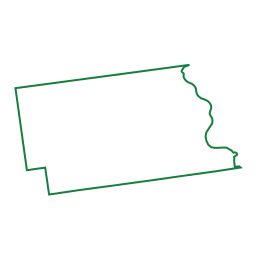 Woodbury, Iowa, United States of America (Robinson projection), rotated 172°
{"feature_id": "52423323B54538757084750", "entity_name": "Woodbury", "entity_type": "district", "adm_level": 2, "iso_a3": "USA", "parent_name": "United States of America", "parent_adm1": "Iowa", "projection": "robinson", "projection_center": [-96.343, 42.387], "detail": "fine", "context": "isolated", "style": "outline", "palette": "green", "viewbox_px": 256, "rotation_deg": 172, "n_neighbors": 0, "source": "geoboundaries", "source_scale": "gbopen_adm2", "svg_char_len": 1014}
<svg xmlns="http://www.w3.org/2000/svg" viewBox="0 0 256 256"><g transform="rotate(172 128 128)"><path d="M185.2,73.3L155.0,73.1L94.8,72.9L89.8,73.0L47.0,72.9L22.0,73.2L23.1,74.5L27.6,74.7L27.6,77.7L27.4,81.2L26.9,83.0L27.1,84.1L26.9,84.7L24.1,86.0L23.5,86.9L24.3,88.4L25.9,89.1L27.0,88.9L27.5,89.3L28.5,91.2L32.9,94.7L35.7,95.3L41.2,95.8L43.8,96.1L44.9,96.3L48.3,97.4L50.9,100.4L51.0,100.8L52.1,104.4L52.4,107.6L52.2,109.2L51.3,112.1L50.4,113.6L44.3,120.4L43.8,121.3L43.3,123.7L43.4,125.9L44.9,129.6L45.1,131.3L43.7,134.5L42.9,135.9L42.7,136.8L42.6,138.1L42.7,139.1L43.7,141.6L45.2,143.5L46.5,144.5L48.2,145.6L51.3,147.1L53.6,149.5L54.5,150.8L54.9,151.9L55.1,152.7L55.3,154.1L55.3,157.8L56.0,159.7L57.3,161.6L58.4,162.7L62.2,165.0L63.6,166.3L64.8,168.0L65.5,169.5L65.8,171.0L65.4,173.6L65.2,174.1L67.0,176.2L67.0,176.8L66.8,177.3L64.6,179.9L63.6,180.8L62.8,181.0L61.3,181.2L58.4,182.0L85.3,182.1L233.9,183.1L234.0,100.3L215.5,100.3L215.4,73.1L185.2,73.3Z" fill="none" stroke="#15803d" stroke-width="2"/></g></svg>